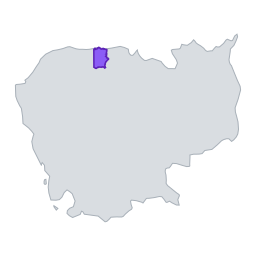 Trapeang Prasat, Siemréab, Cambodia shown in context
{"feature_id": "14789045B58524041159765", "entity_name": "Trapeang Prasat", "entity_type": "district", "adm_level": 2, "iso_a3": "KHM", "parent_name": "Cambodia", "parent_adm1": "Siemréab", "projection": "mercator", "projection_center": [104.395, 14.168], "detail": "fine", "context": "in_parent", "style": "filled", "palette": "violet", "viewbox_px": 256, "rotation_deg": 0, "n_neighbors": 0, "source": "geoboundaries", "source_scale": "gbopen_adm2", "svg_char_len": 5296}
<svg xmlns="http://www.w3.org/2000/svg" viewBox="0 0 256 256"><path d="M237.0,34.2L237.6,36.7L235.9,41.2L233.9,45.4L230.4,49.0L230.2,51.7L229.0,59.7L229.4,62.2L230.3,64.4L231.4,65.6L234.5,73.3L237.4,80.4L240.1,86.2L240.6,89.9L238.1,99.2L235.1,107.8L235.4,112.0L236.6,116.3L238.0,121.9L238.5,129.2L237.8,133.9L236.4,136.8L233.8,139.8L231.6,141.4L228.9,138.8L226.8,138.7L223.9,139.5L221.6,140.7L217.0,145.1L211.9,149.4L204.8,150.5L202.1,153.6L199.1,154.1L193.5,154.2L189.9,155.0L190.0,156.6L189.7,164.1L189.8,165.9L189.2,166.4L186.7,166.6L182.4,165.4L176.6,163.6L172.5,163.3L170.3,166.6L169.1,167.9L167.5,168.0L165.9,168.6L165.3,170.1L165.2,171.9L166.0,175.1L166.3,180.1L166.1,183.4L167.6,185.6L176.5,192.8L179.1,194.6L179.4,195.7L177.8,199.6L179.2,205.1L176.4,205.0L171.8,202.7L169.6,201.2L166.9,202.4L166.0,202.2L164.1,199.4L161.8,196.7L159.3,196.5L154.2,197.6L148.9,198.3L146.9,198.3L146.1,198.8L143.0,203.0L141.7,202.2L136.4,200.7L131.5,200.1L130.5,201.1L131.1,204.5L132.2,207.8L131.6,209.2L128.9,210.9L125.4,214.0L123.2,216.4L121.7,217.0L116.4,216.9L111.0,217.2L108.9,219.5L106.9,221.3L105.1,221.8L98.2,216.1L84.3,214.2L82.8,211.7L81.5,211.2L80.2,214.4L72.6,217.5L69.4,215.7L67.0,213.4L67.4,210.6L69.6,208.3L73.4,206.7L75.1,201.0L72.2,193.7L69.7,191.6L67.0,189.9L64.2,192.6L61.9,197.2L59.4,199.6L56.0,200.2L50.9,200.0L48.9,193.0L48.2,187.1L48.9,180.3L49.7,176.2L44.8,170.6L44.5,165.3L42.2,162.6L41.5,164.0L41.5,165.5L40.9,164.4L33.1,148.8L31.8,141.6L33.2,136.0L33.9,134.1L31.7,131.2L28.6,127.9L23.0,123.5L22.6,116.6L21.4,108.4L19.7,105.7L17.2,100.6L15.8,96.5L15.4,85.4L16.1,84.5L20.0,84.2L25.0,83.4L25.8,81.6L24.9,80.2L28.2,77.7L32.8,72.2L36.4,66.5L39.0,62.8L40.5,59.2L45.7,54.2L52.9,50.6L57.7,49.8L62.8,48.6L67.6,46.9L69.9,46.7L76.0,48.8L79.2,49.3L82.7,49.3L86.2,49.5L89.3,49.3L96.7,47.9L104.5,49.0L111.5,48.1L120.2,46.4L124.4,47.5L128.3,49.2L128.8,52.5L129.7,54.1L131.0,55.3L132.8,55.3L135.0,52.9L136.8,50.5L137.4,50.0L137.5,51.2L138.4,53.8L140.1,56.4L141.7,58.2L144.5,60.4L146.3,60.5L152.2,58.4L161.1,61.5L162.2,63.1L165.0,66.3L168.1,68.6L175.1,68.7L177.5,63.1L176.3,59.7L172.4,53.7L171.3,50.2L172.6,49.5L179.3,48.9L180.3,48.2L181.8,44.3L183.6,44.8L187.3,45.3L191.3,42.6L193.6,39.8L194.9,41.1L196.2,43.0L197.8,44.2L200.6,45.8L203.7,48.2L205.6,50.5L207.2,51.4L211.1,50.8L212.2,50.9L214.5,48.1L216.1,46.5L217.5,47.0L219.5,46.9L223.6,43.4L226.0,40.1L227.3,39.2L231.0,40.8L232.5,40.5L234.7,36.0L237.0,34.2ZM46.3,183.8L45.5,184.3L44.8,184.3L44.1,183.6L44.1,181.1L44.7,179.6L45.9,179.3L46.3,183.8ZM57.9,208.4L56.3,210.1L53.9,206.7L53.9,205.7L57.9,208.4Z" fill="#d9dde1" stroke="#a8b0b8" stroke-width="1"/><path d="M106.9,50.1L106.7,50.1L106.7,49.9L106.8,49.6L106.7,49.5L106.6,49.4L106.4,49.4L106.3,49.5L106.2,49.6L105.8,49.5L105.7,49.5L105.4,49.4L105.3,49.2L105.1,49.1L104.8,49.0L104.7,48.9L104.4,49.1L104.2,49.2L104.0,48.8L103.8,48.8L103.6,48.8L103.4,48.9L103.3,48.7L103.1,48.6L103.1,48.4L102.9,48.4L102.8,48.6L102.7,48.7L102.5,48.8L102.4,48.8L102.2,49.0L101.9,49.1L101.7,49.0L101.4,49.0L101.3,48.9L101.2,48.9L101.1,49.0L100.9,48.9L100.7,48.8L100.6,48.7L100.4,48.5L100.4,48.4L100.2,48.5L100.1,48.4L99.8,48.1L99.5,47.8L99.4,47.7L99.2,47.7L98.9,47.3L98.7,47.3L98.5,47.5L98.4,47.6L98.1,47.7L98.0,47.8L97.9,48.0L97.7,48.0L97.8,48.2L97.8,48.3L97.7,48.4L97.6,48.6L97.4,48.7L96.9,48.9L96.2,49.1L95.9,49.0L95.7,48.8L95.6,48.6L95.5,48.4L95.4,48.4L95.3,48.5L95.1,48.4L94.9,48.3L94.7,48.5L94.4,48.6L94.3,48.8L94.4,49.0L94.4,49.3L94.5,49.4L94.4,49.4L94.4,49.5L94.2,49.5L93.8,49.6L93.9,67.2L94.1,67.2L94.4,67.4L94.5,67.5L94.9,67.8L95.0,68.0L95.3,68.2L95.5,68.3L95.9,68.3L96.1,68.4L96.4,68.2L96.6,68.2L96.8,68.0L97.0,67.9L97.3,67.7L97.6,67.4L97.8,67.2L98.1,67.1L98.4,67.1L98.6,67.3L98.7,67.2L98.9,67.1L99.0,67.0L99.3,67.0L99.5,67.1L99.8,67.1L100.1,67.2L100.5,67.2L100.8,67.1L101.1,67.1L101.3,67.1L101.5,67.2L101.8,67.3L101.9,67.2L102.0,67.1L102.1,66.9L102.3,66.8L102.6,66.9L102.7,67.0L102.9,67.0L103.0,67.0L103.4,66.9L103.5,67.0L103.6,66.9L103.8,67.0L104.0,67.1L104.1,67.3L104.3,67.3L104.4,67.5L104.6,67.7L104.6,67.9L104.6,68.0L104.8,68.1L105.0,67.9L104.9,67.9L105.0,67.6L105.0,67.4L104.9,67.3L104.8,67.2L105.1,67.0L105.1,66.7L105.2,66.3L105.1,66.1L105.0,65.9L104.8,65.6L104.8,65.4L104.8,65.0L104.9,64.9L105.0,64.8L105.1,64.6L105.0,64.2L105.3,64.1L105.3,63.9L105.3,63.7L105.3,63.4L105.3,63.2L105.4,62.9L105.5,62.8L105.5,62.7L105.6,62.3L105.7,62.1L105.8,62.0L106.1,61.9L106.3,61.6L106.4,61.4L106.5,61.3L106.4,61.2L106.5,61.1L106.7,60.9L106.8,60.8L106.9,60.7L107.0,60.6L107.2,60.4L107.4,60.1L107.5,60.0L107.9,59.8L107.9,59.7L108.0,59.7L108.3,59.4L108.3,59.2L108.5,59.2L108.6,58.9L108.5,58.7L108.4,58.6L108.2,58.5L108.2,58.4L107.9,58.4L107.8,58.2L107.7,58.2L107.4,58.0L107.3,57.9L107.2,57.9L107.1,57.7L106.9,57.4L106.7,57.5L106.7,57.4L106.6,57.2L106.3,56.9L106.2,56.8L106.3,56.8L106.3,56.7L106.2,56.7L105.9,56.5L105.9,56.4L106.0,56.4L105.9,56.3L105.8,56.2L106.0,55.9L106.1,56.0L106.3,56.0L106.4,55.9L106.5,55.9L106.5,55.7L106.4,55.6L106.5,55.5L106.5,55.4L106.6,55.2L106.7,54.9L106.7,54.7L106.7,54.4L106.6,54.1L106.5,53.9L106.4,53.9L106.5,53.7L106.4,53.7L106.5,53.6L106.4,53.4L106.4,53.2L106.5,53.0L106.4,52.8L106.4,52.7L106.4,52.4L106.5,52.4L106.5,52.2L106.6,51.9L106.6,51.7L106.8,51.4L106.8,51.2L106.8,50.9L106.8,50.6L106.8,50.4L106.9,50.2L106.9,50.1Z" fill="#8b5cf6" stroke="#5b21b6" stroke-width="1.5"/></svg>